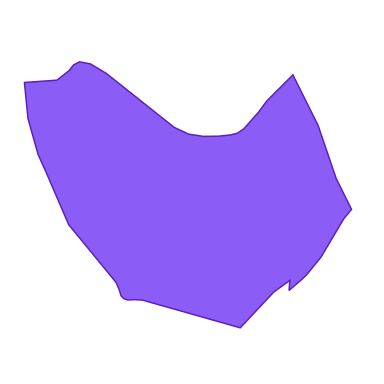 map outline of Hau Giang (Robinson projection), rotated 85°
{"feature_id": "VNM-505", "entity_name": "Hau Giang", "entity_type": "Province", "adm_level": 1, "iso_a3": "VNM", "parent_name": "Vietnam", "parent_adm1": "", "projection": "robinson", "projection_center": [105.637, 9.855], "detail": "fine", "context": "isolated", "style": "filled", "palette": "violet", "viewbox_px": 384, "rotation_deg": 85, "n_neighbors": 0, "source": "natural_earth", "source_scale": "10m", "svg_char_len": 670}
<svg xmlns="http://www.w3.org/2000/svg" viewBox="0 0 384 384"><g transform="rotate(85 192 192)"><path d="M298.7,104.1L298.4,103.9L288.6,102.2L298.6,119.0L331.5,155.8L295.4,250.8L294.3,257.9L294.0,265.2L292.4,269.1L289.3,271.7L282.7,273.1L275.2,275.7L213.8,317.7L159.7,335.6L141.4,342.0L104.6,349.0L68.3,349.4L68.8,316.7L60.4,303.9L55.1,298.9L52.5,292.7L55.6,281.9L66.4,267.0L126.0,204.2L134.0,190.4L137.5,176.3L138.7,161.0L138.5,148.6L137.3,141.6L133.7,135.0L118.3,118.8L107.9,109.6L84.1,81.3L136.6,60.6L191.1,47.2L223.2,34.6L232.0,43.2L268.2,69.2L284.6,85.2L288.4,89.9L298.5,103.9L298.7,104.1L298.7,104.1Z" fill="#8b5cf6" stroke="#5b21b6" stroke-width="1.5"/></g></svg>